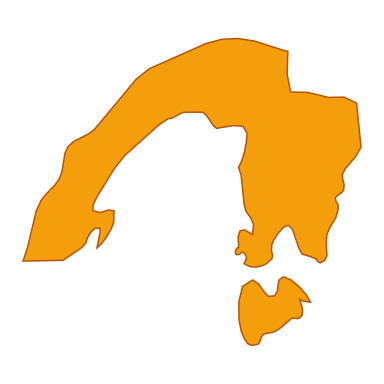 the Province of Zamboanga Sibugay
{"feature_id": "PHL-2521", "entity_name": "Zamboanga Sibugay", "entity_type": "Province", "adm_level": 1, "iso_a3": "PHL", "parent_name": "Philippines", "parent_adm1": "", "projection": "natural_earth1", "projection_center": [122.777, 7.618], "detail": "fine", "context": "isolated", "style": "filled", "palette": "amber", "viewbox_px": 384, "rotation_deg": 0, "n_neighbors": 0, "source": "natural_earth", "source_scale": "10m", "svg_char_len": 2088}
<svg xmlns="http://www.w3.org/2000/svg" viewBox="0 0 384 384"><path d="M361.0,147.0L356.2,155.9L345.1,169.0L342.3,174.8L342.8,179.5L344.1,184.3L343.7,190.0L342.0,192.2L336.6,196.2L335.4,197.9L335.9,201.3L337.2,203.1L338.2,205.2L338.2,209.2L335.9,217.6L329.7,227.8L326.9,234.6L326.3,241.5L326.9,255.7L324.7,260.5L320.2,262.9L317.9,261.5L315.8,258.8L311.8,257.3L311.3,256.8L302.0,254.1L298.7,247.7L292.6,229.6L288.5,225.2L283.7,227.2L278.5,232.8L274.1,239.4L271.9,244.2L271.5,250.9L272.6,255.2L272.0,258.8L266.4,263.7L261.9,265.8L256.2,267.1L250.0,266.6L244.1,263.7L246.6,258.0L245.3,254.1L242.7,252.2L241.3,252.4L240.5,253.6L238.9,254.5L237.0,254.7L235.8,254.1L235.3,251.4L236.3,249.0L237.7,247.6L238.6,247.7L238.1,236.9L240.0,230.8L244.7,229.9L252.6,234.6L253.5,224.2L250.3,217.3L246.1,211.5L244.1,204.1L241.1,175.2L238.6,167.3L241.7,161.0L244.5,151.7L246.4,141.7L247.1,133.3L242.9,126.2L233.2,125.6L216.5,128.3L213.0,125.2L206.7,115.7L202.4,112.2L184.5,112.2L180.9,113.3L172.7,117.9L167.8,118.9L158.9,124.9L124.5,155.7L114.0,169.2L97.1,196.6L93.1,205.0L93.0,210.7L100.3,212.6L108.4,210.0L114.0,210.7L113.8,222.3L111.2,228.8L106.7,236.8L101.4,243.9L97.0,247.7L100.2,231.5L100.0,228.5L95.5,227.9L90.9,232.1L87.3,238.1L86.0,242.7L81.8,247.6L63.1,260.3L23.0,261.1L27.6,247.3L36.2,211.1L41.0,200.6L45.3,194.9L55.1,184.8L59.3,179.0L62.1,170.9L64.9,153.3L67.9,146.6L74.1,141.2L88.3,134.0L94.6,129.2L136.1,79.3L144.7,72.4L149.3,68.7L206.3,43.4L221.9,39.3L237.9,38.5L254.6,41.1L285.2,50.9L287.9,51.2L287.1,74.0L290.7,92.0L307.6,92.4L328.4,97.4L344.1,97.1L356.6,103.2L361.0,147.0ZM310.5,302.2L302.4,300.9L299.6,299.2L302.0,306.9L302.7,311.6L302.1,315.3L299.2,318.3L296.4,318.6L293.8,318.1L291.5,318.5L279.4,328.8L274.7,331.6L271.3,332.6L266.0,333.4L263.4,334.5L261.6,336.6L259.5,342.4L258.1,344.1L252.0,345.5L247.9,343.8L244.6,339.1L241.3,331.6L239.0,319.7L238.8,302.0L242.6,286.3L252.6,280.0L258.5,283.8L263.4,290.8L268.3,296.4L274.7,295.8L277.4,291.1L278.0,285.1L279.2,279.7L283.6,276.8L291.1,280.0L299.4,286.9L306.5,295.0L310.5,302.2Z" fill="#f59e0b" stroke="#b45309" stroke-width="1.5"/></svg>